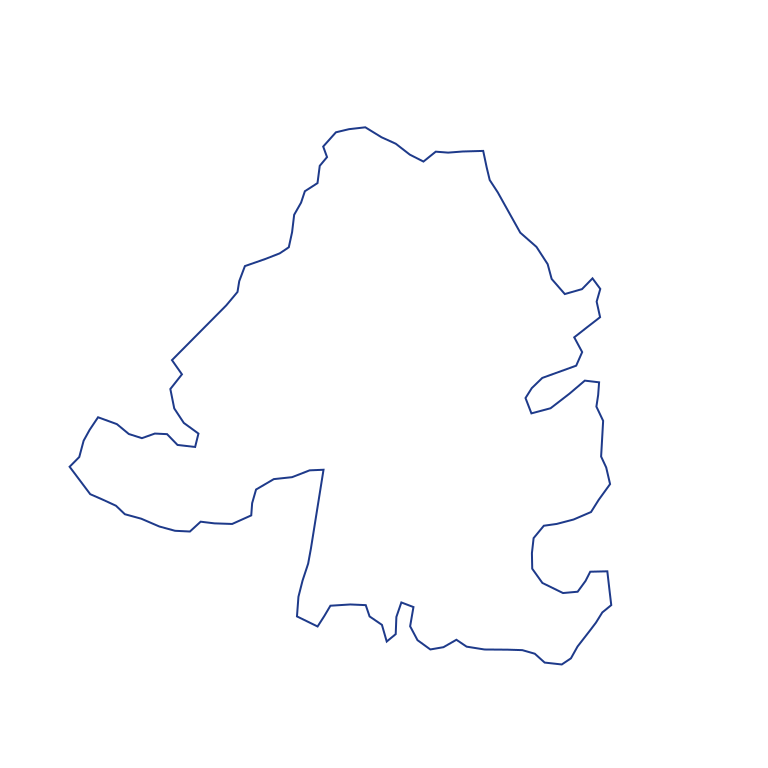 Alto Alegre, Rio Grande do Sul, Brazil (Albers equal-area conic projection), rotated 106°
{"feature_id": "56859067B94197304698655", "entity_name": "Alto Alegre", "entity_type": "district", "adm_level": 2, "iso_a3": "BRA", "parent_name": "Brazil", "parent_adm1": "Rio Grande do Sul", "projection": "albers", "projection_center": [-52.981, -28.807], "detail": "fine", "context": "isolated", "style": "outline", "palette": "blue", "viewbox_px": 768, "rotation_deg": 106, "n_neighbors": 0, "source": "geoboundaries", "source_scale": "gbopen_adm2", "svg_char_len": 1906}
<svg xmlns="http://www.w3.org/2000/svg" viewBox="0 0 768 768"><g transform="rotate(106 384 384)"><path d="M494.8,649.7L509.1,654.3L521.3,657.1L538.2,656.8L550.2,663.4L570.9,636.0L572.6,623.1L574.9,608.1L580.6,597.2L580.4,580.2L582.9,560.7L582.7,544.4L579.3,529.9L566.9,522.3L564.7,508.6L560.4,491.4L546.9,475.4L534.9,477.9L520.7,477.9L505.8,463.7L498.9,446.7L487.5,431.7L483.1,418.5L562.3,408.9L577.6,407.4L595.4,408.1L612.1,407.6L631.4,403.6L635.4,381.0L623.4,377.4L611.9,374.4L605.2,355.6L601.6,340.6L611.4,333.8L616.1,319.6L630.8,310.4L621.2,303.8L604.5,307.9L589.2,307.1L590.3,294.2L609.7,292.1L621.0,281.2L626.4,266.3L620.6,254.3L609.9,243.9L613.7,232.2L611.5,214.2L605.3,191.9L601.7,177.7L601.7,164.7L607.5,152.8L604.6,135.8L596.2,128.7L583.0,125.6L564.8,118.3L555.0,114.5L543.4,111.2L533.9,104.6L519.6,110.6L502.5,117.7L507.6,134.0L517.8,136.0L530.3,140.6L535.6,154.3L531.6,176.9L520.7,190.6L505.8,195.2L490.9,197.7L476.2,191.3L470.9,179.4L462.0,164.4L450.0,149.7L436.2,145.7L417.9,139.1L403.0,147.4L393.9,155.3L359.0,163.2L347.2,173.6L335.6,175.1L323.1,177.7L325.4,191.9L342.1,203.0L361.4,217.2L371.6,234.2L358.5,244.1L347.2,240.8L334.5,233.5L313.4,204.3L298.7,202.3L286.7,214.0L273.3,204.3L260.2,194.7L246.2,202.3L233.0,202.3L225.0,212.7L238.2,219.8L247.7,235.0L236.8,251.8L223.7,259.7L210.2,275.2L201.0,294.7L186.1,309.7L168.4,327.5L158.8,338.6L147.5,345.0L132.6,352.9L138.8,372.4L143.9,386.1L146.4,398.3L159.3,407.4L156.4,422.4L149.8,438.9L147.5,454.4L142.4,472.7L148.7,487.9L155.3,499.6L172.5,507.9L181.6,501.3L192.0,505.9L209.2,503.3L220.5,513.2L232.5,513.7L246.1,517.0L263.4,514.2L278.8,513.2L287.2,520.3L296.5,532.5L309.0,550.2L325.0,551.5L335.9,550.2L351.9,557.3L419.5,594.4L430.4,580.9L447.7,588.0L465.3,578.9L476.6,565.7L482.8,548.7L496.6,548.2L499.5,565.7L492.0,578.7L494.8,590.6L502.8,601.8L502.4,615.5L496.2,629.7L494.8,649.7Z" fill="none" stroke="#1e3a8a" stroke-width="2"/></g></svg>